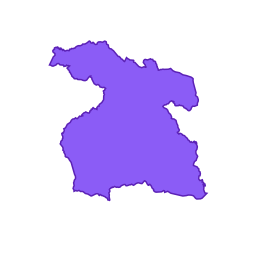 Laclubar, Manatuto, East Timor (Albers equal-area conic projection), rotated 107°
{"feature_id": "22284137B50587397066696", "entity_name": "Laclubar", "entity_type": "district", "adm_level": 2, "iso_a3": "TLS", "parent_name": "East Timor", "parent_adm1": "Manatuto", "projection": "albers", "projection_center": [125.895, -8.747], "detail": "fine", "context": "isolated", "style": "filled", "palette": "violet", "viewbox_px": 256, "rotation_deg": 107, "n_neighbors": 0, "source": "geoboundaries", "source_scale": "gbopen_adm2", "svg_char_len": 5747}
<svg xmlns="http://www.w3.org/2000/svg" viewBox="0 0 256 256"><g transform="rotate(107 128 128)"><path d="M183.8,112.9L183.2,111.6L181.8,109.8L181.5,108.8L180.8,108.3L180.7,107.9L181.2,106.1L180.5,105.3L179.0,104.3L177.8,102.9L177.3,101.8L177.3,99.2L177.0,98.3L173.7,96.8L173.6,96.5L174.3,94.8L175.9,93.3L176.8,92.0L176.7,91.4L176.1,91.5L175.5,90.7L176.3,89.2L178.5,87.2L179.2,85.6L180.5,85.1L181.2,83.4L181.1,82.3L179.2,77.2L177.4,75.6L177.5,74.8L178.8,74.1L176.9,71.4L177.8,68.2L177.8,67.3L177.0,55.7L175.6,52.5L174.5,50.8L173.7,47.9L173.7,45.5L175.5,42.8L175.8,41.5L174.5,37.9L173.4,36.6L167.4,33.5L167.6,35.5L164.9,37.6L162.7,38.0L161.7,38.6L161.1,38.1L160.9,37.3L160.7,37.2L159.1,38.1L159.2,38.4L160.2,38.6L160.5,39.3L159.8,39.8L158.6,39.3L157.9,40.1L157.9,41.4L156.7,41.2L155.8,41.8L157.2,43.7L157.2,44.0L156.0,45.5L153.3,46.1L152.9,45.9L152.6,45.2L150.6,45.4L148.8,46.4L148.5,47.3L148.0,47.8L146.4,48.3L146.2,49.0L145.0,50.5L144.7,54.4L143.2,54.8L140.7,54.6L138.9,53.3L137.5,53.4L135.0,53.1L134.6,53.2L132.8,55.3L131.7,55.9L130.0,56.4L128.2,55.9L125.7,56.2L124.1,57.2L122.9,58.7L122.4,57.9L121.5,58.6L121.4,59.1L122.5,59.8L122.3,60.2L121.4,60.5L121.3,60.8L122.0,61.4L122.8,61.6L123.0,62.2L123.1,62.5L122.6,63.5L123.3,63.9L123.1,64.8L122.1,65.9L121.8,67.2L120.6,68.2L119.6,70.5L118.8,71.7L118.8,73.8L118.3,74.1L117.8,76.0L118.0,77.1L118.9,77.5L118.0,79.4L117.6,79.5L117.1,78.9L115.9,78.3L114.9,78.3L112.7,80.5L110.9,81.2L109.4,82.7L106.7,84.3L105.9,86.7L106.3,88.4L106.1,89.4L104.9,89.4L103.7,90.3L102.5,91.4L101.7,93.3L100.2,94.7L99.3,95.3L99.2,95.7L98.5,96.6L98.1,99.6L97.3,100.9L96.7,100.8L95.1,99.7L94.8,98.5L93.5,97.6L93.0,96.5L90.3,95.5L90.0,94.8L89.4,94.5L89.2,94.1L89.8,92.6L89.3,92.3L89.4,91.9L90.5,92.1L91.0,90.6L92.7,89.6L92.8,89.2L92.7,88.5L91.8,86.2L91.0,85.7L91.3,84.9L90.9,83.7L91.0,81.6L92.2,80.3L92.2,79.4L92.6,78.6L92.4,78.0L93.6,75.8L93.7,75.0L93.3,74.1L91.7,73.3L89.8,73.2L88.3,72.6L87.8,70.7L85.9,68.4L83.9,68.9L81.6,68.7L80.1,69.2L78.0,70.7L77.3,72.7L77.0,73.0L74.5,73.2L65.7,78.7L63.6,79.7L61.9,80.1L61.4,80.9L60.9,82.5L60.8,87.5L61.1,91.0L60.1,95.0L60.5,99.2L60.1,101.8L58.6,104.6L60.0,106.6L61.4,110.7L61.5,111.8L62.4,113.3L62.6,114.2L63.3,114.7L63.8,115.9L62.5,116.6L61.5,117.7L60.5,118.1L60.3,118.6L58.7,119.3L58.1,120.3L56.8,120.9L56.2,122.0L56.5,122.6L56.4,123.4L55.2,124.4L55.6,126.4L55.3,126.8L57.2,129.2L57.4,131.7L58.0,132.3L59.0,132.7L60.9,132.5L62.7,130.0L64.1,129.2L64.4,128.6L64.8,128.9L64.8,130.7L66.3,132.5L66.1,135.6L63.3,140.5L63.4,141.8L62.5,142.3L61.7,142.3L61.6,142.6L62.4,146.2L61.9,147.5L61.9,148.2L61.1,150.0L65.4,150.7L65.4,151.2L63.9,153.8L64.0,154.7L62.7,156.1L62.6,156.9L62.2,157.3L62.4,158.4L58.2,164.7L58.0,165.7L57.3,166.9L57.4,168.9L56.4,170.2L54.4,171.1L54.1,172.9L51.9,174.1L51.7,175.4L51.9,176.0L52.8,176.7L53.5,177.6L53.6,179.5L54.4,181.5L55.6,182.2L56.9,182.2L57.6,183.3L57.3,184.9L56.7,185.4L56.3,186.3L56.6,186.9L57.2,187.0L57.5,188.0L57.2,188.8L56.6,189.1L56.1,190.1L56.2,190.5L58.7,192.2L60.0,193.4L60.7,194.7L60.9,195.8L62.4,196.5L63.5,198.1L63.5,198.9L64.4,200.4L65.9,201.7L67.3,202.2L67.3,202.8L68.2,203.7L68.4,205.2L69.3,205.6L69.5,206.6L69.9,206.9L71.0,206.7L71.3,207.0L71.5,208.9L72.8,210.7L72.7,211.2L72.0,212.5L72.8,213.1L72.6,213.3L72.1,213.1L71.9,213.3L72.3,214.2L71.2,215.6L71.4,215.9L72.3,215.1L72.8,215.9L72.8,216.3L71.9,216.3L72.5,217.0L72.3,217.3L71.8,217.0L71.7,218.2L71.1,218.9L71.3,219.2L72.1,219.3L71.8,220.4L72.9,221.7L73.3,221.8L74.1,221.3L74.7,221.7L75.1,222.2L76.3,222.5L77.5,221.6L78.1,219.7L79.9,219.1L81.7,220.2L90.7,221.5L90.5,220.3L90.9,219.0L90.8,217.8L88.8,215.3L87.2,214.6L86.6,213.1L87.5,211.5L86.8,208.2L87.9,207.2L87.7,206.9L87.3,206.8L87.1,205.6L85.9,205.1L86.1,204.6L85.7,203.2L85.7,202.0L86.9,202.6L87.8,203.7L88.8,203.6L88.9,202.9L89.8,202.2L89.8,201.7L90.9,200.4L91.5,200.4L92.1,199.2L92.9,198.7L93.3,197.9L94.9,196.8L95.9,194.5L96.5,194.0L96.5,193.1L95.7,191.2L96.1,190.9L96.3,190.1L95.4,186.9L95.6,184.7L95.3,182.9L94.2,181.5L92.3,180.9L89.8,179.8L89.2,178.8L90.3,178.6L90.8,177.2L91.9,176.8L95.5,173.3L96.2,170.9L95.2,169.5L95.4,168.5L96.2,167.3L96.9,166.8L96.8,164.0L96.1,162.9L96.6,161.0L97.7,161.4L98.8,161.4L99.6,162.4L100.1,162.3L101.0,161.5L101.9,161.4L102.7,160.4L104.4,160.6L108.1,159.6L111.3,160.5L113.7,162.2L114.7,162.4L115.6,162.1L115.9,163.1L117.4,163.7L118.0,163.7L118.5,163.3L119.3,163.2L119.0,164.2L119.4,165.6L118.7,167.3L119.2,167.6L120.5,167.7L120.6,168.4L120.9,168.7L122.1,168.5L122.9,169.4L124.2,169.2L125.0,169.5L125.3,171.2L125.0,173.1L125.7,173.6L126.4,174.6L128.7,175.9L129.2,176.0L129.6,175.0L130.7,176.5L130.8,177.8L133.8,179.1L134.0,179.6L133.6,181.2L134.8,181.8L135.6,183.5L137.1,184.4L139.6,184.9L142.2,187.1L146.1,187.8L147.5,189.2L148.6,188.3L150.5,188.2L151.2,188.8L151.9,188.6L152.2,189.5L152.6,189.7L154.0,189.0L154.9,188.0L156.8,187.3L157.6,187.6L158.7,187.3L160.3,188.3L162.0,188.0L163.0,188.2L165.4,184.8L167.2,183.8L168.2,183.9L169.1,182.2L170.0,182.2L171.9,180.2L173.5,179.7L173.9,178.8L173.8,177.6L174.3,176.0L175.6,174.8L177.5,172.3L188.3,165.3L189.1,164.4L190.6,163.7L191.9,163.4L193.7,164.1L194.5,163.9L196.3,164.0L199.0,162.6L199.8,162.9L202.0,162.8L203.0,161.6L204.3,161.1L203.0,159.6L203.2,158.3L202.0,156.6L202.6,154.8L202.1,153.4L202.0,152.2L203.1,149.7L202.9,147.1L203.8,143.4L203.3,142.6L200.3,139.4L199.8,138.2L199.9,136.5L200.8,136.1L200.9,135.7L199.7,134.8L200.3,133.4L200.1,132.8L200.5,129.7L201.1,128.4L201.2,127.0L202.6,126.4L202.6,124.5L202.1,124.4L199.3,125.9L197.4,126.3L195.6,127.3L194.2,126.8L193.4,127.0L192.4,127.8L191.6,127.7L190.6,126.8L189.9,126.6L189.7,125.8L189.1,125.7L189.0,124.7L187.8,123.7L188.1,121.8L187.6,121.0L187.6,120.1L187.2,118.9L186.5,118.1L185.2,117.6L183.3,115.4L182.9,114.3L183.8,112.9Z" fill="#8b5cf6" stroke="#5b21b6" stroke-width="1.5"/></g></svg>